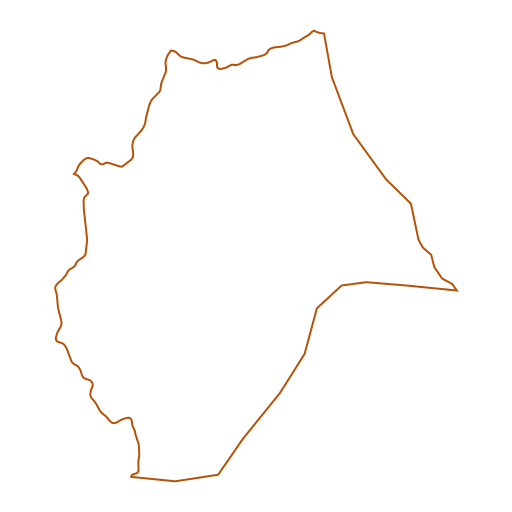 Bongolava, Mercator projection
{"feature_id": "MDG-5871", "entity_name": "Bongolava", "entity_type": "Autonomous Province", "adm_level": 1, "iso_a3": "MDG", "parent_name": "Madagascar", "parent_adm1": "", "projection": "mercator", "projection_center": [45.906, -18.601], "detail": "fine", "context": "isolated", "style": "outline", "palette": "amber", "viewbox_px": 512, "rotation_deg": 0, "n_neighbors": 0, "source": "natural_earth", "source_scale": "10m", "svg_char_len": 2675}
<svg xmlns="http://www.w3.org/2000/svg" viewBox="0 0 512 512"><path d="M314.2,30.7L316.8,32.1L320.1,33.0L324.0,33.5L331.9,77.3L353.3,134.2L386.1,179.4L410.9,203.6L418.5,239.7L422.8,247.5L431.2,254.9L434.3,267.1L442.1,278.5L452.2,284.0L456.8,290.5L406.3,285.5L366.2,282.2L341.6,285.5L316.9,308.3L304.6,353.9L279.9,393.1L242.9,438.8L218.2,474.7L175.1,481.3L131.2,476.9L131.5,475.7L132.0,475.0L132.8,474.5L136.5,473.3L137.5,472.5L138.3,471.5L138.5,469.3L138.3,461.7L139.3,455.2L139.0,447.3L138.7,444.8L138.1,442.4L135.7,435.2L134.8,430.9L132.6,425.9L132.1,424.2L131.9,421.4L131.3,419.5L129.6,417.9L128.1,417.7L126.6,418.0L122.6,419.2L120.2,420.4L116.8,422.4L115.6,422.9L114.2,423.1L112.8,423.0L111.6,422.4L110.6,421.6L108.8,419.8L106.4,416.8L101.5,412.7L99.9,410.7L99.2,409.6L96.8,404.8L93.9,400.6L91.3,397.8L90.7,396.4L90.3,394.5L90.7,391.2L91.3,389.2L92.5,386.3L92.7,384.8L92.4,383.1L91.1,381.1L89.7,380.2L84.1,378.3L82.9,376.9L81.8,374.7L80.4,370.2L79.2,368.1L78.1,366.5L73.7,363.8L72.7,362.9L71.8,361.9L71.3,360.9L66.9,349.1L65.0,345.7L64.2,344.7L63.2,343.9L62.0,343.2L58.0,341.8L56.8,341.2L56.0,339.8L55.9,337.6L57.1,333.3L58.1,331.1L60.4,327.2L61.0,326.0L61.4,324.3L61.5,322.2L59.9,314.8L59.4,313.5L58.0,307.9L56.8,295.0L56.2,292.1L55.3,289.5L55.2,287.9L55.6,286.2L57.0,284.2L59.3,282.0L61.3,280.4L65.5,275.6L66.2,274.5L68.1,271.0L69.0,270.0L70.0,269.2L73.4,267.3L74.3,266.4L75.1,265.4L76.3,263.0L77.0,261.9L77.8,260.9L78.8,260.1L83.1,257.2L84.0,256.3L84.9,255.4L85.6,253.5L87.2,240.1L83.8,208.9L83.6,200.4L83.9,198.9L84.4,197.5L85.2,196.5L88.0,193.6L87.9,191.8L86.9,188.8L79.8,177.8L78.0,175.7L73.9,174.0L76.1,171.4L77.0,169.7L77.8,167.7L78.9,165.3L80.4,163.4L83.9,159.8L86.0,158.4L88.5,157.9L92.1,158.9L94.9,160.0L97.5,161.3L99.3,163.0L100.9,164.3L102.7,164.3L104.7,163.4L106.9,162.6L110.1,163.3L119.7,166.4L122.0,166.7L131.3,159.6L132.8,157.3L133.3,154.8L132.3,146.4L132.6,143.6L133.4,140.5L134.9,137.7L141.3,130.6L143.0,128.2L144.2,125.8L145.2,123.3L145.9,118.1L149.1,105.5L150.9,101.1L152.4,99.0L159.5,91.8L160.4,89.6L161.1,84.6L161.6,82.2L165.5,72.8L166.1,70.5L166.0,68.1L165.5,63.3L165.7,60.9L166.5,58.2L167.6,55.4L169.2,52.9L171.1,50.5L174.2,51.1L176.2,52.3L178.9,55.0L180.5,56.3L183.1,57.4L192.7,59.4L196.1,60.8L198.8,62.2L201.5,63.1L204.7,63.3L208.6,62.5L213.7,60.1L215.5,60.0L216.9,62.2L217.1,67.2L218.7,68.8L221.8,68.9L226.8,67.3L229.3,65.8L231.9,64.6L235.0,65.0L237.6,64.9L240.0,63.8L247.9,59.0L251.3,57.9L256.4,57.2L263.1,55.4L265.5,54.3L267.2,52.7L268.2,50.5L270.5,48.6L274.2,47.4L281.1,46.7L285.2,45.8L288.4,44.6L290.6,43.4L293.0,42.6L297.8,41.4L300.1,40.3L304.3,37.4L308.9,34.8L312.3,31.5L314.2,30.7Z" fill="none" stroke="#b45309" stroke-width="2"/></svg>